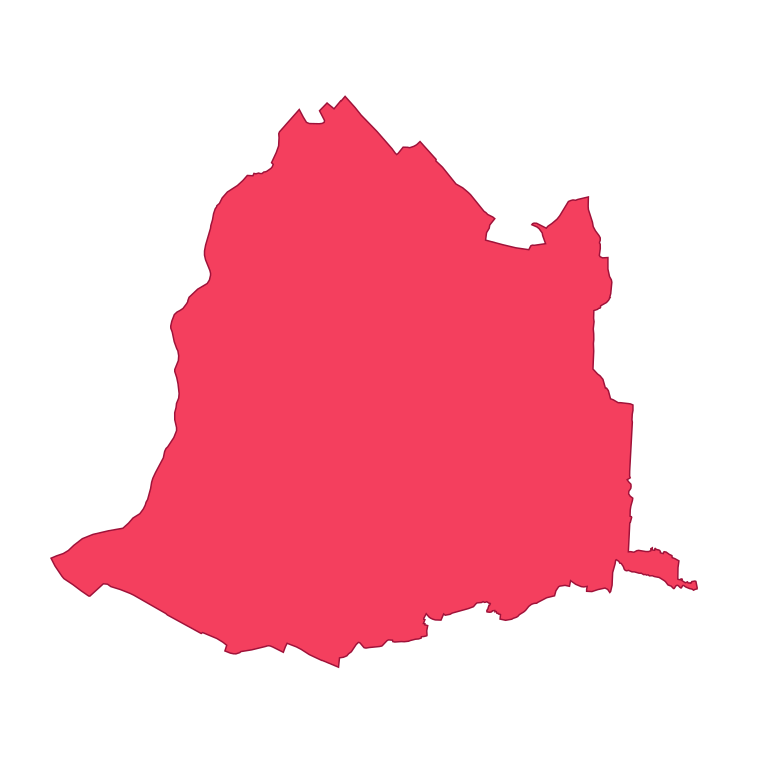 outline of Leordeni, Arges, Romania, rotated 93°
{"feature_id": "2599482B56240389829929", "entity_name": "Leordeni", "entity_type": "district", "adm_level": 2, "iso_a3": "ROU", "parent_name": "Romania", "parent_adm1": "Arges", "projection": "equal_earth", "projection_center": [25.165, 44.787], "detail": "fine", "context": "isolated", "style": "filled", "palette": "rose", "viewbox_px": 768, "rotation_deg": 93, "n_neighbors": 0, "source": "geoboundaries", "source_scale": "gbopen_adm2", "svg_char_len": 6114}
<svg xmlns="http://www.w3.org/2000/svg" viewBox="0 0 768 768"><g transform="rotate(93 384 384)"><path d="M541.7,637.2L544.9,651.1L549.4,666.7L554.2,677.1L561.4,685.4L566.8,690.5L570.1,695.4L572.8,702.1L575.4,707.4L583.0,703.0L592.8,695.6L595.1,693.5L600.6,684.2L606.4,675.6L610.7,668.6L611.2,667.7L611.2,666.6L598.2,653.8L598.4,649.6L600.6,646.2L603.1,636.4L606.4,626.6L607.9,623.0L624.6,589.9L626.0,588.2L642.7,553.5L641.7,552.1L646.9,537.6L650.2,531.5L653.1,527.4L658.9,528.9L660.8,523.3L661.3,520.0L661.2,517.6L659.8,514.0L658.7,512.9L656.4,502.2L652.1,487.9L651.8,487.5L651.4,485.5L651.6,483.7L652.5,481.2L657.2,470.5L651.5,468.7L648.0,467.2L651.1,457.7L653.4,452.7L658.1,444.5L660.2,439.4L663.3,431.7L663.3,431.1L669.2,414.6L659.8,414.1L659.0,410.2L657.4,406.9L655.2,405.2L653.1,402.6L645.7,398.2L643.4,396.1L643.5,395.1L644.0,394.2L648.3,390.2L648.6,388.9L648.6,388.0L647.9,384.7L646.4,374.8L645.8,372.6L645.5,372.1L640.1,367.5L639.3,366.1L639.4,362.1L640.8,361.7L641.1,359.7L640.3,353.2L640.3,350.3L639.6,346.0L638.8,344.3L637.2,339.2L636.8,336.2L635.8,333.6L634.4,333.4L634.1,331.0L633.2,328.1L632.6,327.9L628.2,328.4L623.0,327.7L622.3,330.7L621.2,330.6L621.1,332.1L617.2,330.8L616.9,332.0L615.9,332.0L611.2,329.8L614.4,326.8L615.4,325.2L616.3,323.0L616.9,320.4L616.8,314.7L610.5,312.4L611.7,310.8L610.5,305.9L609.2,303.9L603.9,288.1L601.7,283.0L598.8,280.8L597.7,279.6L597.1,275.1L596.1,273.7L596.8,272.3L596.5,270.9L596.0,270.0L597.4,267.7L597.5,266.6L597.9,266.3L599.6,267.1L599.5,267.6L602.1,268.3L603.0,268.3L603.6,268.9L605.2,269.5L606.2,269.2L606.4,266.7L606.1,265.0L605.4,264.1L604.8,263.9L604.4,261.5L605.7,261.3L605.3,260.2L605.5,259.9L607.0,259.3L607.2,258.6L607.0,258.1L607.8,257.4L607.8,256.3L608.2,255.6L612.7,255.8L613.6,250.2L612.2,244.1L611.3,242.8L610.0,239.6L609.1,238.2L607.2,236.7L604.3,232.5L602.7,230.8L598.5,227.8L596.3,225.2L595.3,222.8L594.9,220.0L594.1,219.1L588.9,210.3L586.6,202.6L581.5,201.5L577.3,199.0L576.6,197.7L575.6,192.7L576.3,188.2L570.6,187.4L574.0,182.1L576.0,176.5L576.2,173.9L575.5,170.5L578.5,170.9L580.4,170.8L580.4,165.5L578.1,159.6L576.2,152.6L577.4,149.9L580.4,147.6L579.3,146.8L573.0,145.7L560.4,145.8L551.4,143.8L547.8,143.4L547.3,142.8L548.8,140.2L550.6,139.1L550.6,138.1L551.0,137.5L553.9,135.4L556.4,134.4L557.5,133.3L557.8,131.8L557.3,130.0L558.6,126.6L558.5,124.2L559.6,119.3L559.5,117.1L560.8,114.7L560.5,113.1L561.1,111.8L560.7,110.3L561.7,108.9L561.4,106.0L562.1,104.1L562.8,99.1L565.6,94.0L566.6,92.6L569.8,89.9L570.8,86.7L573.1,84.2L573.0,83.5L570.3,81.9L569.8,81.2L569.7,80.2L570.2,79.3L571.6,77.8L572.2,76.7L571.9,76.3L569.9,75.3L569.5,74.8L569.6,74.1L570.9,72.1L572.3,68.2L572.7,65.7L573.7,64.0L573.0,63.0L572.2,60.6L571.0,60.6L564.8,62.2L564.5,63.2L565.2,66.3L566.5,66.8L566.9,67.4L566.5,67.8L566.8,68.7L566.7,69.9L565.7,70.6L566.7,72.7L564.6,76.3L563.7,75.9L563.2,76.1L563.1,77.2L564.0,77.7L563.7,80.1L563.4,80.4L552.0,80.8L545.2,80.2L543.2,84.3L542.3,87.1L540.3,87.5L539.2,90.2L537.1,93.4L536.8,95.4L537.1,95.8L538.7,96.3L538.4,98.1L538.0,99.2L536.9,99.2L535.9,99.9L535.4,100.8L535.0,103.2L534.0,104.6L534.3,104.9L535.9,105.0L535.8,106.7L535.5,107.4L533.6,107.5L534.5,108.9L536.5,108.8L537.5,111.0L537.6,113.8L536.8,121.0L537.2,122.8L538.8,125.4L538.9,126.0L538.5,128.9L538.8,131.2L509.9,131.3L509.4,130.8L504.2,129.7L503.6,130.0L503.1,131.4L496.9,131.5L493.0,131.1L487.2,129.8L485.0,129.6L483.1,132.3L481.0,133.9L478.4,133.9L475.4,132.1L473.7,131.9L471.6,132.1L470.9,132.4L469.4,134.1L466.9,136.2L464.8,133.2L463.1,133.9L458.1,134.1L409.1,134.0L406.8,134.5L401.3,134.5L397.2,134.0L391.9,134.3L391.0,136.7L390.8,138.4L390.3,146.6L390.4,149.2L387.8,154.2L386.9,157.0L378.9,159.6L376.4,161.6L376.5,162.7L367.9,165.6L364.6,168.6L362.8,171.3L358.1,176.1L340.1,176.3L332.4,177.0L328.9,176.8L322.9,177.2L318.0,177.9L310.8,177.5L307.5,178.1L299.7,178.3L298.3,174.7L297.2,173.5L297.0,172.4L296.3,171.8L294.6,171.8L291.0,166.1L288.7,164.2L285.9,162.8L285.9,163.2L281.9,162.3L270.5,161.8L268.1,162.4L264.9,164.4L257.5,166.4L246.0,167.0L246.6,172.4L245.6,174.8L244.3,175.7L237.4,175.1L233.0,175.4L232.2,176.1L231.1,176.2L229.4,175.6L226.8,175.7L224.6,177.0L219.9,180.9L215.9,183.3L211.5,184.3L199.1,189.0L195.9,189.4L186.5,189.7L189.6,200.3L190.5,202.2L190.3,204.9L191.0,207.1L192.1,209.4L206.8,217.3L210.3,219.8L214.9,224.7L217.9,228.6L219.9,230.1L215.5,240.0L215.5,242.6L216.1,244.0L217.2,244.7L219.2,239.4L220.8,237.2L224.9,233.9L227.5,233.3L235.4,230.0L237.6,241.0L237.6,243.2L238.3,244.6L242.3,246.4L241.1,259.5L238.7,272.6L235.0,290.1L227.5,289.5L223.0,287.1L219.7,286.7L213.1,282.0L211.6,284.0L209.3,289.3L207.5,291.2L206.4,293.1L190.5,307.4L188.4,309.8L184.0,315.6L180.5,322.6L164.5,336.9L158.5,343.9L157.0,343.7L140.0,360.7L143.4,364.0L145.0,366.5L146.7,370.7L146.4,372.9L146.5,377.3L152.9,381.9L154.2,383.3L152.6,385.1L148.7,388.2L132.3,404.1L116.6,421.0L109.6,427.2L98.8,437.9L103.6,441.6L103.4,442.0L111.8,448.3L106.4,455.6L114.5,462.7L123.9,457.2L125.8,457.4L127.0,459.4L127.5,462.3L127.8,472.2L126.8,475.1L121.7,478.6L114.3,483.0L137.7,501.6L139.6,502.2L143.6,501.7L151.8,501.7L158.5,503.7L168.9,507.9L170.5,506.1L173.0,507.0L174.6,508.2L177.8,512.3L178.3,513.5L178.6,515.1L180.2,516.8L180.3,518.8L179.9,520.2L180.8,522.9L180.5,524.9L182.9,525.8L182.9,531.4L188.2,535.6L193.5,540.8L200.4,550.4L206.6,555.3L212.3,557.8L214.6,560.2L216.0,560.5L217.8,561.7L222.8,563.1L229.3,563.9L234.7,565.2L237.6,565.4L254.5,569.4L260.5,570.2L264.7,570.0L269.3,568.7L279.8,563.8L282.5,563.0L284.5,562.9L289.3,563.8L292.9,565.8L299.0,575.0L307.6,583.2L310.8,584.2L312.1,584.3L314.1,585.3L319.1,588.7L321.2,591.5L323.0,594.5L325.6,597.0L332.4,599.2L337.3,600.0L339.5,599.8L343.2,598.2L352.7,595.7L359.6,592.8L361.6,591.6L366.6,590.5L371.4,590.6L380.4,593.7L382.5,593.6L388.5,591.3L394.6,589.7L404.3,588.1L408.8,588.3L414.3,590.2L418.2,590.4L423.7,591.5L430.6,591.1L438.3,588.9L441.4,588.7L448.5,591.1L458.1,596.7L459.8,598.3L462.7,599.5L469.3,600.5L484.5,607.6L490.2,609.9L494.2,610.9L500.6,611.6L511.7,614.0L514.5,615.4L517.5,616.1L521.4,617.8L526.3,621.0L531.0,627.7L536.3,631.8L541.7,637.2Z" fill="#f43f5e" stroke="#9f1239" stroke-width="1.5"/></g></svg>